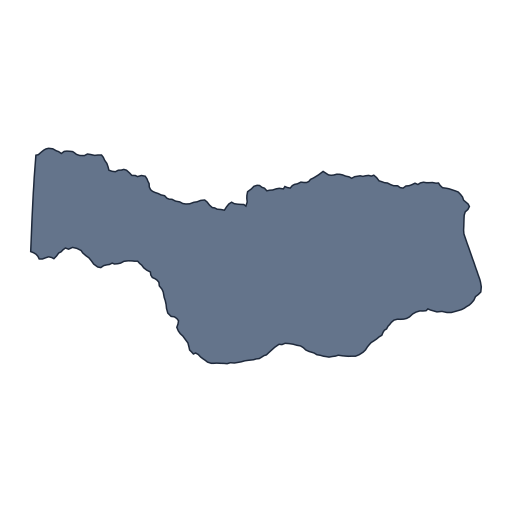 Pinheiros, Espírito Santo, Brazil (Albers equal-area conic projection)
{"feature_id": "56859067B9198683889165", "entity_name": "Pinheiros", "entity_type": "district", "adm_level": 2, "iso_a3": "BRA", "parent_name": "Brazil", "parent_adm1": "Espírito Santo", "projection": "albers", "projection_center": [-40.204, -18.372], "detail": "fine", "context": "isolated", "style": "filled", "palette": "slate", "viewbox_px": 512, "rotation_deg": 0, "n_neighbors": 0, "source": "geoboundaries", "source_scale": "gbopen_adm2", "svg_char_len": 4389}
<svg xmlns="http://www.w3.org/2000/svg" viewBox="0 0 512 512"><path d="M326.2,356.6L329.0,357.1L332.3,356.5L335.5,356.1L338.2,355.2L342.4,355.8L345.7,356.1L348.4,356.3L351.6,356.2L355.5,356.2L359.2,354.7L363.1,352.2L365.5,349.9L367.4,346.9L369.3,344.6L371.1,342.6L373.8,340.9L376.6,339.0L379.2,336.8L381.8,335.3L383.0,332.4L384.4,330.2L386.6,328.9L388.0,326.2L389.7,324.5L391.3,322.4L394.0,320.1L397.4,319.2L400.2,319.3L403.8,319.1L406.7,318.4L409.5,316.9L412.6,314.0L416.0,312.1L419.9,310.9L422.8,311.0L426.1,310.7L427.9,308.9L430.4,310.0L433.2,310.8L436.9,311.9L442.0,311.4L446.9,312.5L451.3,312.5L454.6,311.6L458.5,310.5L461.5,309.6L464.3,308.2L466.7,306.5L469.2,305.1L471.3,303.2L473.8,300.3L475.5,296.6L478.4,294.4L480.8,292.0L481.3,286.9L480.5,282.1L479.8,279.4L477.9,274.1L477.1,271.6L476.2,269.2L475.3,266.6L473.9,262.4L472.6,258.9L471.3,255.1L470.1,251.7L469.0,248.5L468.1,246.0L467.2,243.6L466.3,240.9L465.3,238.0L463.9,233.9L463.6,230.1L463.8,226.0L463.9,222.4L464.0,219.0L464.2,215.2L465.2,211.9L467.9,209.5L469.4,206.5L468.1,204.0L463.6,200.2L462.5,197.0L460.6,194.5L458.2,192.0L455.1,190.8L452.1,189.8L449.1,188.8L446.7,188.3L442.5,187.7L440.1,185.4L438.5,183.0L436.0,183.2L432.4,182.5L428.8,182.7L426.3,182.7L423.5,182.2L420.4,182.9L417.9,184.5L415.0,183.2L411.6,184.8L409.1,185.7L405.9,186.0L403.1,188.1L400.1,187.6L397.7,185.8L393.5,185.7L390.4,184.5L387.5,183.0L384.5,182.7L381.8,181.7L379.0,180.8L376.6,177.6L373.8,175.2L371.3,176.1L368.6,175.4L365.4,175.8L362.9,176.4L360.2,175.8L357.1,176.3L354.6,176.7L351.7,178.3L349.0,176.8L345.6,176.1L342.6,174.9L339.8,174.3L336.7,174.2L333.9,175.0L331.2,175.3L328.5,174.9L325.4,172.9L323.1,171.4L321.1,172.9L318.6,174.8L315.7,176.6L313.4,178.0L310.5,179.4L308.8,181.5L306.6,182.5L304.0,182.5L300.9,182.1L297.4,183.8L294.5,184.4L292.3,185.6L290.2,188.1L287.2,187.5L284.9,186.5L283.4,188.9L279.3,188.3L276.3,188.8L272.6,190.0L269.7,190.2L266.8,190.8L264.5,188.2L261.9,187.3L259.6,185.5L257.1,185.3L253.9,186.3L251.4,188.9L247.6,191.7L246.9,195.4L246.8,198.3L247.2,202.0L245.9,206.1L243.8,204.5L240.9,204.4L237.8,204.2L234.3,203.7L231.6,202.2L228.8,204.0L226.5,206.9L224.4,210.2L221.0,209.5L217.1,209.2L214.7,207.9L212.3,207.6L209.5,205.1L207.1,202.0L204.7,200.0L200.7,200.4L197.1,201.8L193.8,202.3L189.7,203.8L185.9,204.0L182.7,203.5L179.8,201.9L175.5,201.1L172.0,199.3L169.2,199.2L166.9,198.2L164.6,195.7L161.0,194.9L158.2,193.5L155.1,192.5L152.5,191.3L150.6,189.7L149.3,187.0L149.1,183.6L147.9,181.3L147.0,178.9L145.2,176.2L141.4,175.5L137.5,176.6L135.3,175.5L131.8,175.4L129.8,173.2L126.5,170.2L123.8,169.4L121.3,170.1L118.3,170.2L115.4,171.7L112.1,171.3L108.9,170.2L108.1,167.0L106.9,163.5L104.6,160.2L103.3,157.3L101.5,155.0L98.0,155.0L94.7,155.4L90.6,154.5L87.4,154.0L84.4,155.6L79.8,155.5L76.5,154.4L74.6,152.9L72.7,151.6L70.0,151.3L66.9,151.1L64.2,151.4L61.3,153.5L58.6,151.6L56.3,150.8L52.8,148.8L48.6,148.3L46.0,148.9L43.8,150.1L41.3,152.1L38.3,154.7L35.9,155.2L34.2,177.5L33.7,186.8L33.3,192.6L32.1,216.9L30.7,251.6L33.5,252.7L36.0,254.2L37.9,256.3L39.2,259.0L42.4,259.0L45.6,257.8L48.6,256.8L51.7,257.5L53.9,258.7L56.6,255.9L58.7,253.0L61.1,251.8L63.0,249.8L65.4,248.0L68.6,249.2L72.5,247.4L76.9,248.4L81.1,250.5L82.7,252.9L85.9,255.7L88.9,257.8L91.5,261.0L93.7,264.1L97.7,267.0L100.8,267.6L103.7,265.6L107.0,264.8L109.4,264.5L112.2,263.1L114.4,264.0L117.9,263.7L120.6,263.1L124.0,261.3L128.3,260.8L132.0,260.9L134.6,261.2L137.7,261.2L139.6,263.4L141.7,265.1L143.7,267.8L146.8,270.2L150.4,272.0L150.8,275.0L152.3,277.5L155.2,278.8L157.1,280.2L158.9,282.3L159.3,285.9L162.0,289.3L163.2,292.0L164.2,297.5L165.2,300.4L166.1,304.5L166.5,308.4L167.8,313.1L171.1,316.4L174.4,316.8L176.9,318.6L178.5,320.8L178.0,324.0L176.8,327.3L178.3,330.9L180.3,333.7L182.9,336.1L185.2,339.3L187.9,342.9L189.1,347.6L189.6,350.0L191.5,351.9L193.4,354.0L195.6,353.0L198.3,354.5L200.6,357.0L202.7,358.6L205.2,360.3L207.5,362.1L211.2,363.3L213.9,363.3L216.6,363.1L220.4,363.3L224.1,363.4L227.1,363.7L230.4,362.7L234.4,363.0L238.0,362.4L241.3,361.8L244.8,360.8L248.4,360.3L251.2,360.0L253.7,359.7L256.2,358.9L259.2,358.6L261.7,357.1L264.0,355.6L266.4,354.9L268.8,352.6L271.8,349.9L274.7,347.3L279.0,344.3L281.9,344.6L285.1,343.3L289.2,343.6L293.1,344.2L297.0,345.3L300.5,345.9L303.4,347.7L305.8,350.0L309.1,351.5L311.9,352.3L314.3,353.1L316.8,354.7L320.4,355.3L323.4,356.2L326.2,356.6Z" fill="#64748b" stroke="#1e293b" stroke-width="1.5"/></svg>